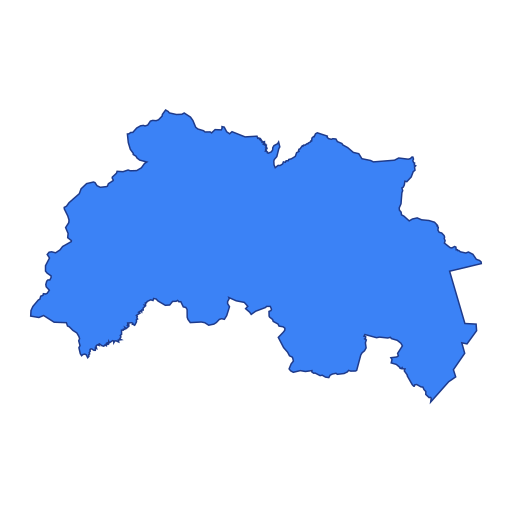 Bekwai Municipal, Ashanti, Ghana
{"feature_id": "2480657B55478680834493", "entity_name": "Bekwai Municipal", "entity_type": "district", "adm_level": 2, "iso_a3": "GHA", "parent_name": "Ghana", "parent_adm1": "Ashanti", "projection": "orthographic", "projection_center": [-1.62, 6.436], "detail": "fine", "context": "isolated", "style": "filled", "palette": "blue", "viewbox_px": 512, "rotation_deg": 0, "n_neighbors": 0, "source": "geoboundaries", "source_scale": "gbopen_adm2", "svg_char_len": 6050}
<svg xmlns="http://www.w3.org/2000/svg" viewBox="0 0 512 512"><path d="M190.5,117.1L184.2,113.0L181.8,114.3L176.4,114.5L169.3,112.9L168.2,111.5L165.6,110.0L162.4,114.4L162.1,116.1L158.5,119.8L156.1,120.7L152.7,120.4L150.4,121.1L147.7,125.1L145.0,126.0L143.4,125.4L140.6,125.8L136.7,128.0L132.8,132.4L130.6,132.5L129.0,133.8L127.4,134.0L128.3,142.6L130.3,149.3L133.3,153.4L133.2,154.5L136.0,156.2L137.0,158.0L139.7,160.1L146.8,162.0L144.5,163.5L141.4,167.8L136.7,170.6L130.3,170.8L128.1,170.0L123.0,171.7L117.1,171.3L116.5,173.2L112.3,177.1L112.2,178.0L113.3,180.1L113.0,180.7L108.4,183.7L107.4,186.2L106.5,186.6L100.3,187.3L97.0,185.7L95.0,182.6L93.5,182.0L86.6,183.6L81.1,188.8L79.3,193.7L69.1,202.6L66.5,206.2L64.2,207.4L64.3,208.9L67.8,216.0L69.0,220.0L68.8,222.6L65.6,227.6L68.1,233.4L67.7,237.7L71.4,240.6L71.3,241.6L62.6,246.5L60.0,249.9L55.6,252.8L51.6,251.8L49.1,252.2L47.2,254.5L49.5,258.0L45.5,265.7L45.5,271.1L47.2,273.2L51.1,275.9L51.1,277.5L49.8,280.0L48.0,279.9L46.7,281.2L45.8,284.5L46.2,286.8L49.3,290.2L47.2,293.3L45.6,294.0L43.4,293.7L42.9,295.4L40.7,296.2L39.9,299.1L38.3,300.0L32.9,306.4L31.0,310.5L30.7,316.1L38.9,317.5L43.6,315.5L54.1,322.2L66.4,322.7L67.5,326.0L69.3,326.8L72.9,330.4L76.8,332.9L78.9,336.5L79.6,338.7L78.7,340.8L80.0,345.6L78.9,347.7L80.3,353.7L81.6,355.7L82.9,354.5L84.8,354.1L86.2,354.7L87.7,357.7L88.9,356.3L88.7,354.7L89.7,353.9L89.2,352.6L90.3,351.1L89.9,350.0L90.4,349.1L91.7,348.9L93.9,350.3L95.3,350.3L95.4,347.8L96.6,348.5L96.0,346.1L97.3,344.8L99.0,345.4L98.5,344.4L99.4,343.8L101.7,345.6L103.8,346.2L104.9,345.0L106.3,345.7L106.2,344.6L107.8,344.4L106.5,343.3L107.3,342.8L108.5,343.2L108.7,341.4L109.4,342.8L112.7,340.6L113.7,341.0L113.8,342.7L114.9,340.9L116.0,340.8L118.7,342.0L118.3,340.1L121.2,339.7L119.6,338.9L120.9,337.0L120.3,335.4L121.6,334.3L121.5,330.2L123.3,330.1L123.4,329.2L124.8,329.4L125.3,328.6L124.9,327.5L126.3,328.5L128.9,326.2L128.8,324.7L127.8,325.6L127.3,325.4L127.9,324.4L127.6,323.0L131.5,322.7L132.6,323.2L132.4,324.3L133.4,324.2L134.3,325.3L134.9,325.0L136.5,321.8L136.4,319.6L137.6,319.0L136.8,317.5L137.3,316.4L136.4,315.4L140.0,313.1L138.6,312.2L140.7,310.9L141.7,311.9L141.9,309.9L143.2,310.0L143.1,308.1L145.1,306.2L144.4,305.2L145.6,305.4L145.4,302.9L146.5,302.8L147.1,301.5L150.7,299.8L153.0,300.5L153.6,298.5L156.1,299.0L158.0,301.0L165.3,305.3L169.7,305.0L172.6,301.4L176.1,301.3L177.6,300.4L178.9,301.8L180.8,301.7L183.3,306.9L185.8,307.4L187.1,309.5L187.2,317.3L188.0,319.5L190.3,322.6L201.2,322.0L204.8,322.7L208.7,325.2L213.9,324.1L216.4,322.5L219.3,319.4L221.6,318.7L224.4,319.3L226.7,315.6L229.5,306.7L227.6,303.6L227.6,301.5L229.2,298.7L228.8,297.5L236.2,300.8L244.3,302.4L247.8,306.3L245.6,308.7L249.7,312.2L251.2,314.4L255.7,311.2L265.5,307.5L266.6,306.4L270.3,306.4L271.5,309.3L270.9,310.6L269.0,311.4L269.1,316.1L269.6,317.1L272.6,319.5L273.2,321.4L278.0,324.0L279.0,326.1L283.1,326.8L284.9,328.2L284.8,330.2L283.4,332.1L278.3,337.4L283.6,347.6L287.6,352.2L289.5,355.8L292.1,357.0L292.7,358.0L293.4,361.1L291.2,363.8L289.1,368.9L290.6,370.8L293.3,372.3L300.3,370.6L305.4,371.5L311.9,370.6L311.8,371.9L313.6,373.2L315.2,373.1L320.1,375.6L322.2,375.2L325.5,377.1L328.8,377.6L330.1,375.2L332.5,374.0L336.0,373.3L337.3,374.3L344.1,373.5L347.4,371.9L348.6,370.4L350.7,371.1L355.6,371.0L356.7,370.3L360.8,354.9L362.1,352.8L364.5,350.8L366.1,347.9L365.4,342.8L366.3,339.9L364.7,338.9L365.6,338.2L365.6,336.6L364.0,336.2L364.9,334.5L376.6,337.7L379.5,337.1L387.8,338.0L390.4,337.3L391.4,338.6L397.2,340.3L400.9,343.2L402.4,345.9L397.6,353.4L398.4,355.8L396.7,357.0L390.9,357.7L392.0,359.6L391.2,362.9L396.3,364.4L399.8,367.4L400.0,368.2L401.4,368.7L402.1,367.7L402.6,368.8L405.0,368.9L404.3,370.9L407.4,375.2L407.2,375.8L412.2,384.6L413.7,386.2L414.3,386.2L414.8,384.8L416.7,384.5L421.0,386.9L422.9,387.1L424.0,389.6L425.8,391.5L425.8,394.5L429.1,397.6L430.6,397.4L431.2,398.3L430.7,402.0L448.7,381.7L455.7,376.9L453.4,369.7L464.7,353.3L461.8,342.8L467.0,343.9L476.6,330.7L476.1,324.1L464.9,323.5L449.6,271.2L481.3,263.6L481.1,261.9L479.6,260.5L476.3,259.3L472.9,254.3L468.4,252.0L465.8,253.0L460.3,251.8L458.8,250.5L457.8,250.6L457.4,249.7L456.2,249.8L455.9,247.1L454.6,246.5L451.9,247.9L450.2,247.7L444.4,243.1L445.1,240.7L444.2,238.5L444.6,237.1L444.1,235.6L441.7,233.0L439.2,232.3L437.9,230.2L438.3,227.3L437.0,225.9L437.5,225.4L434.5,222.2L428.9,220.5L421.6,219.8L417.2,217.9L412.4,219.0L409.2,220.9L404.0,216.2L401.5,214.8L401.1,212.1L399.4,210.1L399.2,207.9L401.0,203.8L401.9,192.6L402.7,190.7L401.9,188.0L403.3,187.1L404.3,185.0L404.9,181.2L406.8,181.7L411.2,177.0L413.2,171.7L415.0,170.2L414.5,166.9L415.7,165.8L414.3,165.0L414.6,163.0L413.7,162.7L412.8,160.7L413.5,159.1L412.9,157.1L412.0,157.0L410.3,158.6L408.3,159.2L398.7,158.0L394.5,160.2L373.4,161.9L370.6,160.5L361.9,158.7L358.8,153.7L353.3,152.4L347.7,147.6L342.9,145.0L341.9,143.5L337.4,141.6L335.9,139.0L332.8,138.7L331.4,139.3L328.5,138.6L327.1,137.1L327.3,136.1L317.3,132.8L315.5,133.8L314.2,136.7L313.6,136.5L312.0,138.0L311.6,141.0L310.7,141.0L310.4,142.0L308.3,143.0L307.9,143.8L307.0,143.7L305.1,145.1L303.7,145.1L302.9,146.2L302.3,145.8L299.9,149.0L299.0,149.2L298.5,150.5L299.0,151.4L296.6,152.7L295.3,156.4L291.4,158.8L288.7,159.5L288.3,160.7L286.1,160.8L285.3,162.3L283.4,161.9L282.6,164.0L280.1,165.5L278.1,165.4L275.2,167.7L274.0,164.8L273.8,161.0L274.3,159.5L276.8,156.6L278.8,148.7L279.8,146.9L278.6,142.0L277.6,143.7L274.0,145.6L272.8,147.6L272.6,150.1L271.1,152.0L268.3,153.2L267.3,152.7L267.5,152.0L266.7,151.4L265.7,151.1L266.3,150.6L266.2,150.2L265.6,150.6L265.7,148.9L267.0,148.6L266.6,147.3L265.7,147.1L266.3,145.7L264.1,144.6L265.4,144.2L264.5,143.8L264.5,142.5L263.6,143.0L264.1,141.7L262.1,142.2L262.3,141.2L261.1,140.7L261.3,140.0L260.3,138.5L259.3,138.2L259.4,139.0L258.5,138.0L257.7,138.3L257.0,136.2L245.1,136.9L232.0,131.7L229.6,133.8L226.7,131.8L224.2,127.1L222.0,126.6L222.0,128.5L221.2,129.9L215.1,129.6L211.6,132.9L210.1,131.9L205.1,132.0L203.5,130.7L197.9,129.0L195.7,127.3L192.9,120.5L190.5,117.1Z" fill="#3b82f6" stroke="#1e3a8a" stroke-width="1.5"/></svg>